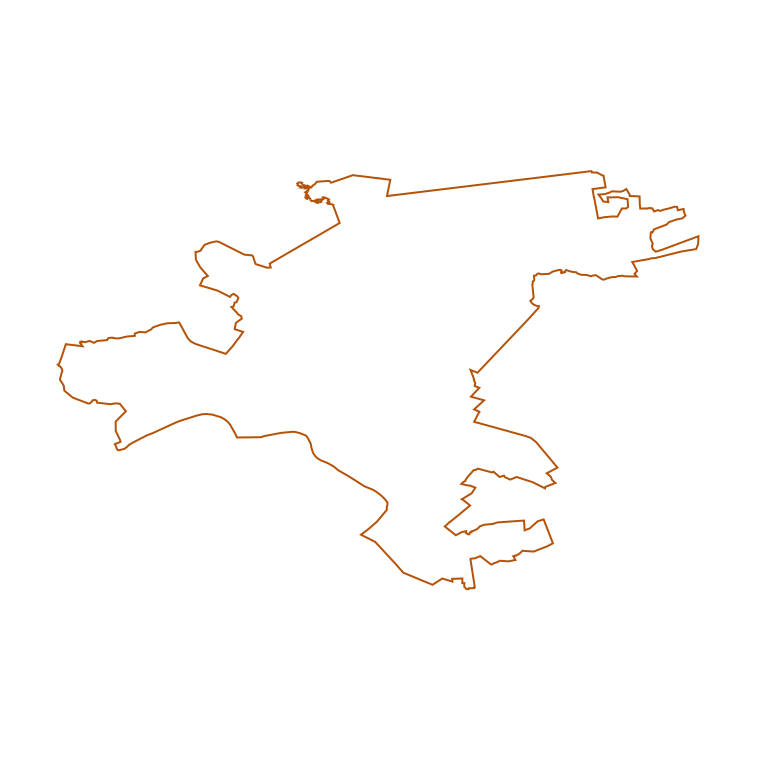 Ķekavas pag., Kekavas, Latvia, rotated 176°
{"feature_id": "27541924B56156234267129", "entity_name": "Ķekavas pag.", "entity_type": "district", "adm_level": 2, "iso_a3": "LVA", "parent_name": "Latvia", "parent_adm1": "Kekavas", "projection": "equal_earth", "projection_center": [24.179, 56.814], "detail": "fine", "context": "isolated", "style": "outline", "palette": "amber", "viewbox_px": 768, "rotation_deg": 176, "n_neighbors": 0, "source": "geoboundaries", "source_scale": "gbopen_adm2", "svg_char_len": 6147}
<svg xmlns="http://www.w3.org/2000/svg" viewBox="0 0 768 768"><g transform="rotate(176 384 384)"><path d="M654.2,336.6L653.2,336.4L647.5,337.4L644.3,339.5L642.8,341.0L637.6,343.5L624.6,349.1L617.7,351.3L595.1,359.8L591.0,361.2L573.4,365.5L567.3,366.5L563.3,366.5L557.3,365.4L548.5,362.0L545.8,360.2L542.5,357.2L540.3,354.1L536.0,345.1L534.3,340.9L510.4,339.5L507.1,340.4L490.3,342.4L478.6,342.7L476.1,342.4L471.0,340.7L465.3,337.9L464.0,335.9L461.3,329.6L460.8,325.3L459.6,320.3L457.3,316.3L455.1,314.2L452.4,312.3L446.0,309.2L440.0,305.3L435.5,301.0L425.6,294.4L410.8,283.4L402.1,279.1L398.7,276.6L394.4,272.8L391.0,268.8L388.8,265.6L389.1,262.9L389.9,260.8L389.9,258.3L400.8,247.0L410.7,239.6L417.5,235.3L403.7,227.0L384.9,203.6L377.9,194.4L349.6,180.3L339.5,185.9L329.5,182.1L329.6,184.9L319.4,184.5L319.8,179.9L317.7,179.8L318.1,176.2L315.9,173.5L314.1,173.6L313.9,174.2L313.9,173.9L313.6,173.9L313.6,174.3L308.3,174.1L308.3,174.9L307.6,175.1L310.0,203.3L309.6,203.6L305.4,203.8L300.0,205.6L289.6,196.3L286.5,197.6L283.5,198.4L280.9,199.6L272.1,198.4L265.2,199.3L265.9,200.5L266.3,202.2L267.0,203.2L264.7,203.8L264.3,203.5L260.6,205.4L257.3,208.1L256.0,207.7L246.3,206.4L232.5,210.7L226.6,213.3L234.2,237.8L240.3,236.3L248.7,229.8L253.9,228.3L253.9,238.0L280.5,238.0L285.3,236.8L293.9,236.6L298.3,235.3L301.0,232.9L304.9,231.3L306.9,231.0L307.1,229.9L308.7,230.0L309.3,228.1L311.1,228.3L311.6,229.3L312.8,229.8L312.4,231.5L316.7,230.9L322.9,228.1L333.3,237.6L328.0,241.8L327.8,241.7L306.6,256.8L313.2,262.9L314.4,263.6L304.2,268.8L300.1,274.2L304.8,276.5L308.9,277.3L313.8,278.9L312.0,280.5L309.5,281.7L309.4,282.5L307.1,285.4L300.4,291.9L298.2,291.9L296.6,292.9L295.9,292.9L282.3,288.2L280.9,288.9L275.2,283.2L270.7,284.2L269.8,282.6L264.9,279.9L264.1,280.0L258.2,282.0L242.6,275.7L230.7,268.7L230.3,270.1L219.9,273.3L222.9,276.4L224.3,280.1L227.9,283.6L216.8,288.5L236.3,315.4L241.2,319.9L246.0,322.1L296.7,340.0L291.3,349.0L290.7,349.4L290.8,349.7L295.9,352.4L285.3,360.7L298.1,365.3L289.2,373.6L293.7,375.7L292.9,378.5L293.9,381.5L293.7,381.5L293.7,382.2L296.7,392.0L290.0,388.7L235.7,438.4L224.3,449.4L224.1,450.9L226.2,451.2L229.1,452.8L230.8,454.2L232.2,456.8L229.9,458.3L228.7,459.9L229.1,472.9L228.8,473.1L228.4,476.0L227.2,476.5L226.8,478.0L226.9,481.5L224.8,481.7L223.3,483.3L221.9,483.5L219.5,482.5L211.7,482.4L207.8,484.4L201.4,485.6L200.0,485.5L199.1,485.0L198.8,484.2L199.5,483.5L199.6,482.7L199.4,482.3L198.6,482.2L197.3,482.9L196.4,482.7L195.5,483.0L195.3,483.6L195.5,484.0L194.2,485.0L191.2,483.6L187.4,482.5L184.6,482.1L183.1,480.7L179.4,479.1L174.5,478.7L170.1,477.1L167.7,477.7L164.9,477.7L159.1,473.2L158.0,472.8L157.2,472.8L154.9,473.6L149.5,474.7L145.4,474.6L143.7,475.2L138.6,475.4L136.1,474.6L124.3,473.6L126.4,476.3L123.6,479.2L127.8,488.4L110.7,490.2L109.3,490.7L104.9,490.7L77.5,495.5L63.2,496.8L60.9,501.6L60.0,509.5L97.7,498.4L103.6,497.0L106.2,499.6L106.9,501.1L107.0,503.3L106.1,505.3L108.1,510.6L107.4,515.8L106.8,516.9L105.8,516.4L103.7,519.5L90.8,523.4L88.6,525.6L80.6,527.7L74.9,528.4L71.5,530.9L72.8,534.8L72.9,537.7L78.8,536.9L79.2,540.2L81.6,540.6L87.8,539.2L93.5,538.3L96.0,537.4L97.4,537.7L98.5,538.4L102.5,537.3L104.2,540.6L106.3,540.7L106.7,541.1L109.3,540.6L109.3,540.8L116.1,541.1L116.3,544.9L116.0,553.3L125.7,554.4L125.8,556.0L128.7,561.6L131.7,560.0L134.5,559.3L143.2,560.3L145.4,559.3L150.6,558.0L156.8,558.0L154.0,553.7L152.7,550.8L147.5,549.8L148.1,554.5L137.4,554.0L128.2,551.4L128.1,543.7L130.1,542.2L134.5,542.5L139.4,534.7L144.8,535.2L152.9,535.0L158.9,534.2L161.4,555.7L161.6,555.8L162.4,563.9L149.2,564.7L150.5,576.6L151.6,576.8L156.7,580.1L161.8,580.5L162.2,581.9L367.9,571.3L363.5,587.3L400.5,594.5L422.8,588.5L423.9,590.1L425.5,590.5L437.0,590.4L438.7,588.4L441.3,586.9L442.7,585.2L446.7,587.3L447.6,586.5L448.2,585.2L448.9,584.6L447.4,584.4L446.5,585.1L444.4,584.9L445.4,584.1L446.1,582.1L447.4,581.9L447.8,580.9L448.8,581.0L449.3,580.7L448.5,579.9L447.6,579.9L448.7,578.0L446.6,577.6L446.1,576.3L449.2,576.0L449.5,575.7L448.5,574.4L447.7,573.9L446.5,575.0L445.7,574.9L444.6,574.0L444.6,572.8L443.5,571.5L440.5,571.6L439.8,571.1L439.9,570.4L439.7,570.2L439.2,570.3L438.8,571.2L438.1,571.4L438.7,571.8L439.0,572.3L437.6,572.8L436.2,571.8L437.2,570.4L438.2,569.8L438.2,569.5L437.7,569.3L433.8,570.1L434.0,571.4L433.1,571.9L434.0,572.6L431.7,572.6L431.3,572.9L431.9,573.5L432.0,574.5L430.1,574.2L426.2,572.1L425.9,571.7L426.2,571.4L427.2,570.9L426.6,569.8L425.7,569.4L425.7,568.5L426.3,568.3L427.5,568.8L428.1,568.6L427.4,567.6L423.7,567.0L422.0,566.2L422.2,565.5L417.0,547.7L489.6,512.1L488.9,508.1L492.6,508.2L503.0,512.3L503.6,512.6L504.1,513.8L505.8,520.6L506.6,521.5L513.9,522.7L515.0,523.2L538.6,537.2L541.3,538.0L547.5,537.1L553.3,535.3L557.2,530.6L557.4,529.9L561.0,528.9L562.8,528.9L563.0,521.2L559.1,513.1L552.2,504.0L557.1,501.9L560.7,495.2L543.6,488.8L531.5,481.6L530.0,483.4L527.7,484.4L524.2,481.7L523.3,479.9L525.5,475.8L527.4,475.6L528.6,471.9L530.8,471.5L524.2,463.3L521.7,461.6L521.3,459.1L526.8,455.8L527.6,454.9L529.1,449.1L520.9,445.8L526.6,438.7L527.2,438.5L532.0,432.6L539.7,425.1L568.7,436.9L573.2,439.5L574.9,441.2L576.7,443.7L584.0,459.7L588.5,459.4L595.8,459.7L603.3,458.6L610.5,456.6L612.5,454.7L618.5,452.1L624.3,453.0L629.1,451.7L629.3,449.4L637.1,449.3L645.2,448.0L647.7,448.1L651.4,448.9L651.6,449.2L655.7,449.1L657.2,447.1L667.2,446.9L670.4,445.3L674.7,447.5L679.4,446.5L682.9,447.6L683.9,447.2L683.1,446.4L684.2,445.9L682.1,442.7L698.6,445.9L703.3,434.4L707.0,426.3L708.0,426.1L707.2,424.8L706.1,424.3L704.6,422.3L703.9,419.5L704.8,417.6L707.0,411.0L703.6,404.7L703.3,399.6L695.4,392.1L680.5,385.2L678.5,385.2L675.6,388.1L673.5,388.3L671.8,387.4L671.5,385.4L658.3,382.9L653.5,383.4L649.0,382.8L643.4,374.8L654.3,365.2L654.9,355.9L651.4,347.1L650.8,344.7L656.7,342.8L655.4,339.7L655.2,338.3L654.2,336.6ZM449.6,587.9L450.3,587.8L451.2,588.4L451.7,589.4L452.6,590.2L452.7,590.5L452.2,590.7L452.5,590.9L455.6,590.9L455.9,590.1L456.5,589.9L456.0,589.0L456.4,588.2L454.7,587.2L453.3,587.2L452.4,586.3L453.3,585.7L452.1,585.5L450.2,586.0L450.0,586.7L449.6,586.9L448.6,586.5L448.7,587.4L449.6,587.9Z" fill="none" stroke="#b45309" stroke-width="2"/></g></svg>